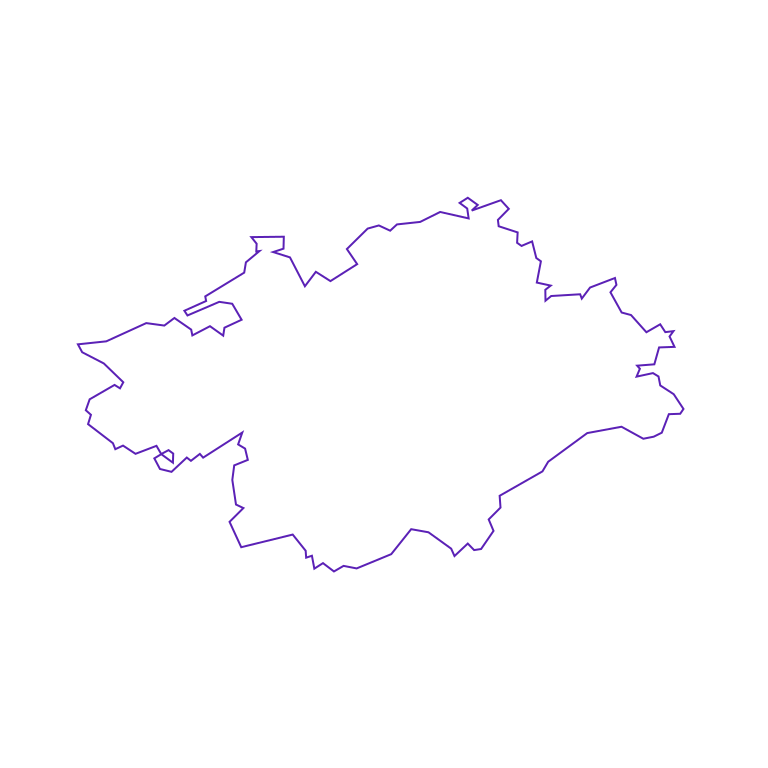 the district of Fermoy Lea-6, Cork, Ireland, rotated 153°
{"feature_id": "5873133B9082097592121", "entity_name": "Fermoy Lea-6", "entity_type": "district", "adm_level": 2, "iso_a3": "IRL", "parent_name": "Ireland", "parent_adm1": "Cork", "projection": "equal_earth", "projection_center": [-8.317, 52.16], "detail": "medium", "context": "isolated", "style": "outline", "palette": "violet", "viewbox_px": 768, "rotation_deg": 153, "n_neighbors": 0, "source": "geoboundaries", "source_scale": "gbopen_adm2", "svg_char_len": 1966}
<svg xmlns="http://www.w3.org/2000/svg" viewBox="0 0 768 768"><g transform="rotate(153 384 384)"><path d="M128.5,225.8L130.5,243.4L138.5,257.3L136.0,266.1L139.4,271.6L155.6,275.9L149.1,281.4L150.1,285.4L134.2,278.8L122.3,291.7L108.3,285.2L108.0,296.7L102.1,299.7L109.8,302.5L110.8,311.8L126.7,311.0L132.6,333.3L139.8,339.8L140.6,362.9L131.9,366.8L130.1,373.6L156.6,376.4L169.0,370.3L168.5,374.9L195.1,386.5L202.3,384.9L197.5,394.7L190.8,396.0L201.8,405.0L188.5,422.1L191.1,427.1L187.3,443.8L198.8,444.6L201.3,449.4L196.1,458.4L210.2,472.5L208.0,478.5L193.3,483.4L196.4,494.7L227.1,498.7L219.2,501.0L224.8,511.9L234.4,511.0L230.2,502.6L233.4,493.1L255.9,511.8L278.2,512.0L300.0,520.3L308.9,517.8L316.6,527.6L328.0,529.9L355.8,521.1L353.5,503.0L385.0,500.0L393.8,514.9L410.1,507.0L410.3,539.5L422.9,551.9L412.1,550.2L406.4,560.7L435.5,575.1L433.8,566.8L437.6,560.1L434.6,559.0L451.8,555.1L458.0,546.7L503.5,543.2L504.8,538.7L528.6,539.9L528.0,534.3L493.5,532.0L482.8,524.4L481.7,505.9L500.6,506.6L505.3,500.1L512.8,514.5L532.7,514.3L531.1,520.0L540.8,538.0L553.2,535.8L568.2,546.2L612.1,548.1L638.7,558.3L638.5,549.3L624.3,529.5L615.5,503.9L621.2,500.0L624.5,505.5L653.2,504.0L661.6,496.0L659.1,489.6L665.9,482.6L652.4,454.3L653.0,447.9L644.5,447.6L637.1,434.6L614.8,432.2L614.3,422.7L606.0,422.9L603.4,417.7L607.8,409.7L614.3,422.6L622.4,422.0L622.2,410.0L613.2,402.2L593.1,408.0L590.9,403.2L579.8,405.3L578.6,400.5L532.3,405.1L541.4,396.4L537.1,389.5L539.8,378.2L554.4,379.5L562.7,367.4L570.6,343.8L565.6,337.3L584.2,331.3L585.3,303.4L533.7,291.3L529.5,271.0L532.2,264.6L526.2,263.7L529.9,251.1L519.7,252.1L513.7,239.7L502.6,240.3L492.1,232.1L454.8,229.1L425.7,242.3L411.7,231.7L398.9,206.8L399.3,198.7L381.8,203.8L379.1,195.1L372.4,192.9L353.1,203.4L352.2,215.8L336.3,221.0L331.7,231.9L282.5,234.2L273.0,240.2L225.2,248.0L191.8,238.1L177.8,217.5L167.6,214.6L158.6,214.5L143.9,227.8L133.6,223.0L128.5,225.8Z" fill="none" stroke="#5b21b6" stroke-width="2"/></g></svg>